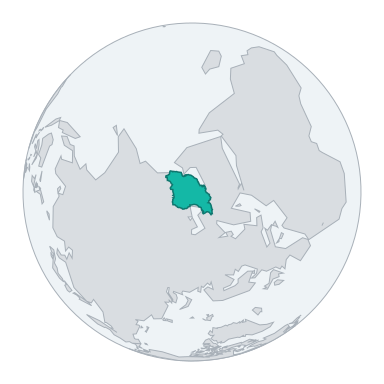 globe centered on Iran, rotated 181°
{"feature_id": "IRN", "entity_name": "Iran", "entity_type": "country or territory", "adm_level": 0, "iso_a3": "IRN", "parent_name": "Asia", "parent_adm1": "", "projection": "orthographic", "projection_center": [53.162, 32.435], "detail": "medium", "context": "on_globe", "style": "filled", "palette": "teal", "viewbox_px": 384, "rotation_deg": 181, "n_neighbors": 0, "source": "natural_earth", "source_scale": "50m", "svg_char_len": 12277}
<svg xmlns="http://www.w3.org/2000/svg" viewBox="0 0 384 384"><g transform="rotate(181 192 192)"><circle cx="192" cy="192" r="169" fill="#eef3f6" stroke="#a8b0b8"/><path d="M202.2,23.3L203.2,23.4L220.5,26.1L228.4,27.4L224.7,27.1L241.5,30.6L252.5,34.4L238.5,29.9L235.9,29.4L242.6,31.7L241.3,31.7L243.8,33.0L241.7,33.0L233.7,30.9L232.2,31.0L237.0,32.6L237.9,34.0L231.1,31.5L232.0,33.8L218.8,31.7L202.2,26.8L193.3,27.3L172.0,27.2L172.3,27.9L164.5,29.0L161.9,30.3L158.7,30.4L159.5,31.5L162.9,31.3L164.4,31.8L163.2,32.8L158.9,32.8L158.9,32.3L157.0,32.8L155.3,32.5L155.5,33.2L150.4,33.4L153.6,34.7L148.1,36.1L145.2,35.9L147.8,34.0L147.7,30.3L145.6,30.3L139.9,31.7L124.2,38.1L120.9,39.2L114.7,42.1L115.4,42.1L120.5,39.9L120.3,41.1L126.6,38.8L127.5,39.1L133.0,38.0L129.6,40.3L123.2,43.5L118.5,44.7L115.6,46.3L118.0,47.2L107.1,52.1L96.4,60.1L93.9,61.4L92.7,59.5L98.0,53.8L96.5,53.1L94.8,56.0L88.5,59.9L86.3,61.8L85.1,63.3L86.5,62.9L83.8,65.0L84.4,62.4L86.9,60.4L86.7,61.1L89.1,58.7L89.5,57.8L86.2,60.2L86.8,59.8L96.8,52.4L107.2,45.8L118.2,40.0L129.5,35.0L141.1,30.9L153.1,27.6L165.2,25.2L177.5,23.7L189.9,23.1L202.2,23.3ZM234.4,28.7L230.7,27.7L234.8,28.7L234.4,28.7ZM244.5,33.2L246.0,33.5L246.6,34.1L244.5,33.2ZM134.5,36.8L133.8,37.4L133.1,37.3L134.5,36.8ZM137.6,35.8L137.4,35.3L138.9,34.8L139.0,35.2L137.6,35.8ZM244.1,34.7L244.7,35.7L242.7,34.3L244.1,34.7ZM137.5,36.6L141.5,34.0L144.0,33.2L146.5,33.9L137.5,36.6ZM244.1,36.1L245.8,38.9L249.2,39.8L240.5,39.4L242.0,36.8L239.0,34.8L242.3,36.0L244.1,36.1ZM164.5,30.9L160.8,31.1L165.0,30.1L164.5,30.9ZM166.8,30.1L177.5,27.0L182.4,27.4L177.9,28.2L185.1,28.3L182.2,29.9L177.6,30.3L175.0,29.6L175.9,30.8L166.8,30.1ZM235.5,38.9L234.7,39.5L234.0,38.5L235.5,38.9ZM165.3,32.0L167.0,31.2L171.4,31.4L168.8,33.0L168.2,32.4L165.3,32.0ZM188.4,27.7L191.2,28.3L189.6,29.7L190.5,30.2L182.6,30.0L188.4,27.7ZM166.6,32.8L167.3,33.9L164.2,34.7L163.9,32.8L166.6,32.8ZM173.7,30.8L175.6,31.0L173.7,31.4L173.7,30.8ZM153.5,38.8L155.4,37.5L157.9,37.5L153.5,38.8ZM167.8,34.3L168.8,34.0L170.0,33.9L169.8,34.8L167.8,34.3ZM182.0,31.2L180.8,31.7L185.2,31.3L184.2,32.6L179.1,32.3L180.8,33.0L180.5,33.4L176.7,32.8L182.0,31.2ZM173.2,35.5L166.4,36.0L162.2,38.2L159.9,38.2L167.0,34.8L173.2,35.5ZM175.6,33.9L173.6,34.9L171.7,34.3L172.0,33.3L175.6,33.9ZM185.3,33.6L188.2,31.7L189.2,31.9L185.3,33.6ZM172.3,36.2L174.0,36.1L172.2,36.5L172.3,36.2ZM181.7,34.5L182.6,33.7L183.7,33.9L181.7,34.5ZM176.6,36.7L174.4,36.8L174.5,36.0L176.6,36.7ZM179.2,35.8L180.6,36.2L175.8,35.7L179.4,35.4L179.2,35.8ZM182.7,34.8L183.6,34.7L182.1,35.1L182.7,34.8ZM177.5,39.7L171.5,39.2L171.7,37.4L177.5,38.1L177.5,39.7ZM40.1,213.2L37.7,184.6L41.8,178.1L44.5,167.4L74.4,146.4L78.4,152.0L99.3,157.6L101.5,160.2L96.5,167.9L110.2,185.0L117.6,179.5L132.4,189.8L143.9,191.9L152.4,176.4L133.6,172.5L132.8,163.7L149.8,159.9L166.6,163.9L166.8,160.7L158.2,151.9L164.2,146.9L155.5,148.5L157.5,152.2L152.1,153.5L150.0,150.2L152.2,148.4L147.7,146.0L138.5,155.8L139.5,160.6L126.5,159.4L126.9,167.6L122.6,170.1L120.3,157.4L122.2,153.4L116.2,138.3L113.1,142.2L118.5,157.0L115.9,155.1L111.7,161.2L112.8,155.1L107.7,138.7L97.4,137.1L80.6,148.2L75.3,146.6L72.6,140.4L82.4,125.2L93.0,130.7L96.6,126.1L97.7,116.8L100.8,119.5L102.5,116.6L106.9,118.5L116.1,114.1L120.9,115.4L127.6,107.3L131.0,107.0L126.1,111.8L125.3,116.1L137.7,120.0L141.0,118.8L144.3,113.4L147.4,115.5L149.0,109.8L157.6,109.8L148.4,105.3L152.0,99.5L158.9,96.4L158.4,93.9L147.3,99.1L144.3,102.0L144.4,105.7L134.9,113.8L130.0,114.0L133.7,102.9L127.1,102.2L132.8,94.5L159.4,84.1L169.0,83.5L178.4,94.3L174.5,97.4L169.1,94.9L171.3,102.4L172.4,99.2L174.9,101.2L179.1,96.7L181.0,97.9L181.6,91.9L184.5,92.9L184.1,96.7L192.6,91.7L199.4,92.8L200.4,91.2L199.5,89.1L208.7,92.3L209.0,91.0L206.1,89.4L204.9,85.8L206.2,80.9L209.3,82.3L209.3,84.2L213.8,90.6L213.1,96.0L214.5,96.1L215.8,91.8L210.3,83.9L210.3,80.6L213.5,84.0L212.3,82.5L213.3,81.3L217.1,81.5L213.9,77.8L220.1,64.8L228.1,64.5L230.3,68.5L237.9,62.4L246.4,63.5L243.7,61.9L245.6,58.4L242.9,58.0L241.8,57.0L245.3,49.2L248.5,48.8L247.0,44.5L245.6,43.8L243.1,43.8L240.5,39.4L249.2,39.8L251.9,41.3L255.5,40.9L261.1,44.6L267.4,47.9L271.5,52.8L276.2,55.3L277.0,55.0L284.0,58.4L295.3,67.7L282.3,61.8L264.6,50.3L271.5,54.8L268.8,54.4L270.5,56.6L275.5,60.1L276.8,60.0L278.9,70.5L288.6,82.9L290.7,79.4L295.4,81.0L308.3,94.3L317.1,119.6L323.5,123.8L326.1,128.1L325.6,132.9L321.7,126.7L318.1,126.6L316.0,122.6L313.8,129.0L310.7,123.7L310.5,131.7L314.3,134.8L317.4,130.8L318.6,140.6L326.0,145.0L330.5,153.8L330.5,175.1L324.9,185.2L325.3,188.4L321.1,187.1L318.5,195.5L328.5,208.0L329.2,212.7L323.6,225.8L323.0,222.5L312.1,219.1L312.1,231.2L320.5,236.5L323.4,245.7L317.9,245.4L314.6,237.4L310.7,236.0L310.3,225.9L304.3,212.8L298.6,218.3L297.6,212.2L288.5,202.4L279.5,209.8L266.2,230.5L266.7,246.0L261.1,254.0L248.5,234.4L244.4,219.6L239.0,222.0L226.9,210.5L203.2,211.5L200.7,207.4L196.1,209.5L187.7,205.4L184.2,198.6L178.8,198.9L188.3,216.7L194.3,216.4L200.4,209.7L201.9,215.9L210.1,221.1L197.9,236.3L164.3,248.0L162.5,236.2L144.6,200.7L146.0,197.1L146.0,196.7L145.9,195.9L142.7,201.6L140.1,194.5L148.0,219.2L148.7,229.2L163.8,248.6L162.0,250.3L167.3,254.3L186.1,250.9L185.9,254.7L176.1,271.5L151.4,291.3L155.6,305.5L155.3,316.4L141.9,321.2L145.1,329.1L138.5,330.3L139.4,334.2L135.2,337.1L127.5,338.4L112.2,333.6L109.6,330.1L99.5,320.6L84.7,297.9L86.8,290.1L84.8,282.0L73.9,259.5L76.1,250.1L73.6,244.4L68.2,242.7L65.6,235.7L62.5,233.8L44.5,224.8L40.1,213.2ZM61.5,160.7L60.1,163.7L61.5,160.7ZM182.7,176.7L193.8,178.0L191.4,167.2L195.5,167.0L193.2,163.6L191.2,166.4L186.0,157.2L191.7,154.5L191.8,149.9L188.0,149.3L178.4,156.0L185.8,168.9L182.1,173.0L182.7,176.7ZM88.5,60.1L88.3,60.3L86.6,62.1L86.5,61.8L88.5,60.1ZM84.9,67.7L80.7,70.9L83.6,68.2L82.5,68.2L87.4,62.9L92.9,61.9L89.5,63.1L84.9,67.7ZM95.4,56.1L91.7,59.2L95.6,55.8L95.4,56.1ZM107.7,100.3L108.2,103.0L105.0,105.7L98.8,105.2L103.4,101.2L107.7,100.3ZM109.5,106.4L114.9,96.2L118.9,96.5L115.8,98.0L117.9,99.2L113.4,102.0L112.0,112.7L109.1,115.8L99.3,112.5L104.1,111.6L103.4,108.9L109.5,106.4ZM121.5,73.6L123.9,70.2L129.6,75.0L126.7,77.7L120.4,77.0L120.1,73.5L121.5,73.6ZM141.2,38.7L141.7,37.9L142.9,37.8L143.5,38.4L141.2,38.7ZM154.2,38.2L140.1,42.5L140.0,41.7L131.8,45.8L128.4,45.3L133.8,42.6L125.1,45.6L128.6,42.9L122.7,45.3L135.1,39.2L137.9,37.3L136.0,39.6L139.1,40.0L141.3,39.6L149.5,37.2L157.0,33.8L161.2,34.0L162.2,35.1L161.1,36.0L158.7,35.5L158.9,37.0L154.5,37.0L154.2,38.2ZM171.4,53.7L169.2,51.8L168.7,56.8L164.4,56.0L164.6,56.6L160.5,57.3L155.9,59.5L154.3,58.7L153.2,59.9L150.4,60.6L148.4,62.1L144.8,61.4L142.0,63.2L141.8,61.9L138.0,65.3L139.2,62.5L135.8,63.4L136.4,65.6L121.9,60.3L114.9,61.0L108.3,63.2L111.4,58.7L119.4,54.0L129.4,50.2L135.7,50.5L136.0,48.7L139.1,48.4L137.6,49.9L141.7,47.4L143.9,47.6L152.8,45.5L157.4,42.1L160.7,41.5L160.0,43.0L163.8,41.3L164.8,43.8L167.2,43.5L170.5,45.8L167.7,49.1L170.6,48.6L173.3,50.6L171.4,53.7ZM178.3,40.4L175.9,44.1L172.4,45.7L168.0,41.1L165.7,41.0L162.8,38.6L168.0,36.5L168.4,37.3L169.9,37.7L167.7,38.2L170.6,38.1L171.2,39.4L173.6,39.7L172.2,40.8L178.3,40.4ZM105.5,158.1L107.5,159.3L110.9,160.1L108.4,164.2L105.5,158.1ZM101.8,146.9L103.8,147.1L101.9,152.9L99.8,151.8L101.8,146.9ZM106.5,142.6L104.0,146.7L104.2,143.8L106.5,142.6ZM128.1,111.8L130.5,111.9L130.1,113.3L128.0,114.9L128.1,111.8ZM169.3,69.9L168.6,68.1L169.7,67.7L171.4,63.7L174.8,64.2L175.0,66.8L169.3,69.9ZM148.3,178.6L144.0,181.1L142.7,179.3L144.4,178.7L148.3,178.6ZM124.5,172.8L129.2,176.3L123.8,173.9L124.5,172.8ZM173.3,69.8L173.6,68.0L175.1,69.4L173.3,69.8ZM177.3,64.4L179.3,65.6L175.4,63.8L177.3,64.4ZM222.4,356.7L224.2,356.8L221.3,357.2L222.4,356.7ZM184.4,316.8L175.8,333.8L167.7,333.3L165.1,328.3L167.4,317.8L176.4,315.2L180.6,310.2L184.4,316.8ZM344.0,252.3L345.9,250.7L345.7,251.4L344.0,252.3ZM342.1,252.4L344.5,250.1L341.4,254.2L342.1,252.4ZM345.4,249.2L347.9,245.3L348.9,243.1L348.6,244.7L345.4,249.2ZM340.3,254.1L329.3,262.6L324.6,264.2L326.0,261.0L333.7,256.3L340.3,254.1ZM325.6,261.2L317.9,259.3L304.8,245.3L309.6,243.5L322.7,249.2L321.9,251.7L326.6,254.1L325.6,261.2ZM343.0,236.3L342.2,243.0L336.4,247.4L333.6,248.5L331.7,241.9L332.8,237.0L335.2,235.4L342.7,214.3L345.7,215.2L343.8,223.4L346.1,226.8L343.0,236.3ZM267.5,247.2L272.0,255.1L268.8,257.3L267.5,247.2ZM344.4,201.4L342.3,210.5L343.7,199.5L344.4,201.4ZM344.4,191.9L345.2,194.9L343.4,193.0L344.4,191.9ZM326.5,192.9L324.0,195.4L323.3,193.2L326.0,188.6L326.5,192.9ZM334.0,161.3L336.4,168.0L336.9,170.7L334.5,167.5L334.0,161.3ZM202.4,74.3L196.2,79.1L194.0,83.5L196.3,87.2L190.4,84.3L193.9,77.5L202.4,74.3ZM217.6,65.7L215.5,62.9L218.1,63.0L219.0,63.7L217.6,65.7ZM215.1,64.7L209.5,63.4L209.5,61.2L213.9,62.6L215.1,64.7ZM191.2,65.9L189.2,67.2L188.0,66.0L191.2,65.9ZM316.5,306.2L315.2,307.5L319.0,303.2L323.6,295.2L324.6,294.5L328.0,287.7L339.2,272.4L348.2,253.4L350.7,249.3L354.8,236.2L356.0,232.6L352.7,244.2L348.6,255.5L343.6,266.5L337.9,277.1L331.5,287.3L324.4,297.0L316.5,306.2ZM348.5,247.4L351.6,239.4L352.8,237.3L348.5,247.4ZM358.4,221.4L358.4,221.5L358.7,219.6L358.4,221.4ZM359.1,216.9L359.5,213.6L357.9,218.2L357.6,216.6L358.5,212.4L356.8,214.2L358.8,208.4L359.1,212.5L360.0,205.3L360.7,201.9L360.7,201.6L359.1,216.9ZM357.9,221.4L358.1,220.7L357.7,223.1L357.9,221.4ZM354.0,225.0L353.8,226.8L353.2,226.6L354.0,225.0ZM355.0,222.5L356.7,220.9L354.7,224.3L355.0,222.5ZM347.6,226.8L348.4,229.8L350.9,224.3L348.9,230.2L350.2,234.5L349.5,237.6L348.3,232.7L347.1,240.6L345.9,241.8L345.7,236.4L347.1,227.5L348.3,223.1L352.7,216.3L347.6,226.8ZM355.1,217.8L354.6,214.1L354.9,210.4L355.6,211.8L355.1,217.8ZM352.1,205.7L349.7,202.6L348.2,206.7L350.6,195.1L352.6,199.9L352.1,205.7ZM349.0,195.8L347.7,199.6L348.6,193.3L349.0,195.8ZM347.0,198.3L346.1,194.8L347.5,193.8L347.0,198.3ZM349.9,195.0L348.9,188.3L350.3,191.2L349.9,195.0ZM343.6,187.1L347.9,190.0L343.5,191.6L340.1,179.6L341.7,177.5L343.6,187.1ZM332.0,128.4L329.7,125.5L330.3,123.1L331.7,125.7L332.0,128.4ZM330.0,113.7L329.7,121.5L329.1,128.4L330.8,128.7L333.4,135.3L329.2,131.7L327.3,122.8L328.3,118.7L325.5,113.7L324.5,108.4L320.1,103.2L318.7,99.9L322.9,103.5L330.0,113.7ZM318.2,101.2L310.3,91.5L312.7,89.8L314.9,91.5L317.6,96.6L316.2,97.1L318.2,101.2ZM309.1,88.8L307.6,89.4L292.9,79.1L290.4,76.6L302.9,82.9L302.2,83.9L305.4,86.9L309.1,88.8ZM236.5,40.0L234.9,39.5L236.4,39.5L236.5,40.0ZM240.3,56.9L239.0,55.5L240.8,55.3L240.3,56.9ZM236.3,51.8L235.2,53.0L235.1,51.1L236.3,51.8ZM232.8,55.8L234.1,53.1L234.7,56.6L232.8,55.8Z" fill="#d9dde1" stroke="#a8b0b8" stroke-width="1"/><path d="M193.8,177.5L195.6,177.1L196.0,176.2L197.2,175.4L199.2,175.3L199.6,174.8L201.3,174.8L201.7,175.5L203.2,175.9L203.9,176.3L205.2,176.2L206.3,176.6L206.7,177.4L208.2,178.1L208.9,179.0L210.8,178.9L210.9,179.1L211.0,180.9L211.3,181.2L211.4,182.2L211.0,182.9L211.1,184.2L210.3,185.2L210.8,185.8L210.2,185.8L209.8,186.5L209.9,187.6L210.2,188.0L211.0,188.2L210.2,189.3L211.1,191.9L211.2,194.1L213.3,194.3L213.8,195.6L211.6,198.9L212.9,200.2L213.8,201.9L214.5,202.5L215.7,202.8L216.3,203.3L216.8,203.2L217.0,206.1L218.1,206.0L218.5,206.4L218.2,207.8L216.4,208.2L215.9,208.9L214.9,209.3L214.4,212.4L214.0,212.7L211.9,212.3L211.5,211.9L211.2,212.3L208.7,212.0L207.6,212.2L207.0,211.8L203.1,211.3L202.0,208.1L201.6,207.6L200.4,207.3L198.5,208.0L198.0,208.6L196.2,209.4L194.9,208.9L193.4,208.8L190.8,207.1L190.2,206.2L189.0,205.6L187.9,205.4L187.1,204.6L186.6,202.9L186.1,202.4L186.1,201.9L185.6,201.6L185.5,200.8L184.4,199.3L184.1,198.5L182.8,198.9L181.4,197.9L181.9,197.9L182.0,197.6L181.4,197.5L181.1,198.8L180.2,199.0L179.9,198.8L179.7,198.1L178.9,197.5L179.0,195.9L178.2,195.9L178.2,194.7L178.7,193.6L177.6,191.6L177.0,191.5L175.2,190.0L174.6,189.9L174.7,189.1L174.5,188.5L173.1,186.8L173.5,186.1L173.3,185.5L173.5,185.0L173.8,185.1L173.9,184.4L175.1,183.5L174.9,182.1L175.6,181.6L174.4,181.4L173.5,180.8L173.2,179.8L172.8,179.4L172.3,177.4L172.4,176.9L172.0,176.5L172.1,175.7L171.3,175.0L171.9,173.8L171.6,173.6L171.7,172.3L171.3,170.7L172.1,170.6L172.6,169.7L174.4,172.0L176.0,172.5L176.9,172.5L178.8,171.1L180.3,170.4L181.0,171.3L180.5,171.7L180.9,172.4L180.2,172.8L181.5,174.2L182.1,174.1L182.5,176.4L183.1,176.9L184.9,177.3L185.8,178.4L187.2,179.3L189.7,179.7L193.4,178.8L193.8,178.8L193.2,179.0L193.9,179.1L193.8,177.5ZM200.2,208.0L199.4,208.8L198.0,209.2L197.6,209.0L198.8,208.5L198.8,208.1L200.2,208.0Z" fill="#14b8a6" stroke="#0f766e" stroke-width="1.5"/></g></svg>